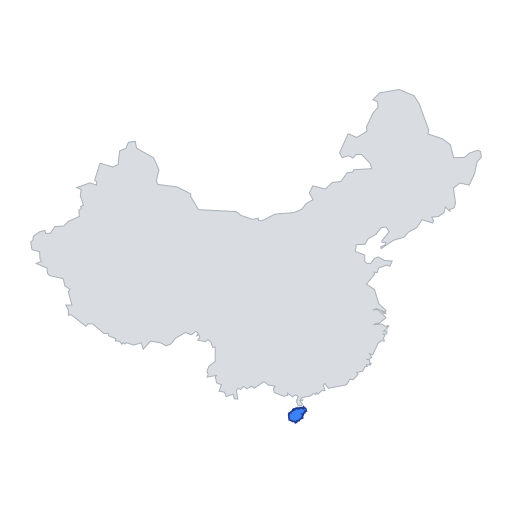 where Hainan sits in China
{"feature_id": "CHN-1775", "entity_name": "Hainan", "entity_type": "Province", "adm_level": 1, "iso_a3": "CHN", "parent_name": "China", "parent_adm1": "", "projection": "mercator", "projection_center": [109.857, 19.166], "detail": "fine", "context": "in_parent", "style": "filled", "palette": "blue", "viewbox_px": 512, "rotation_deg": 0, "n_neighbors": 0, "source": "natural_earth", "source_scale": "10m", "svg_char_len": 7449}
<svg xmlns="http://www.w3.org/2000/svg" viewBox="0 0 512 512"><path d="M283.9,396.3L274.2,392.6L273.4,388.4L275.1,386.2L268.2,385.0L264.0,381.6L254.2,388.1L251.8,386.1L247.1,388.8L243.3,386.4L240.8,389.4L237.7,388.5L236.3,390.4L237.8,399.1L234.3,398.7L233.1,394.3L226.2,396.5L224.5,392.2L219.0,391.2L221.5,384.7L216.7,382.9L215.3,377.1L216.5,375.4L207.1,377.1L208.2,374.5L206.9,371.3L209.0,366.2L215.2,361.2L215.2,347.1L212.6,347.3L211.1,342.4L207.8,339.4L205.4,341.7L197.7,340.1L199.9,337.2L198.8,334.7L196.6,335.8L198.2,333.1L195.9,331.4L191.1,334.8L185.5,332.5L175.4,338.3L171.0,344.0L166.0,345.8L160.8,342.9L150.6,341.1L143.2,349.2L141.2,342.8L133.9,345.1L126.4,342.7L124.9,344.1L122.9,342.6L121.9,344.3L119.5,341.2L115.4,340.9L115.7,338.6L108.8,335.9L107.9,333.3L104.1,333.6L92.7,323.9L88.1,323.8L85.9,326.4L71.1,314.7L68.5,315.5L68.3,309.9L65.8,305.0L71.9,305.1L68.3,291.8L70.1,289.2L65.0,286.1L63.2,278.6L49.5,275.6L47.5,273.5L47.0,268.0L36.2,263.5L41.7,261.2L40.0,259.2L39.6,251.7L32.0,249.7L30.7,241.8L32.8,240.5L33.4,236.1L39.6,231.8L44.9,230.4L45.8,233.5L50.5,233.1L54.9,226.5L63.8,226.0L68.4,221.3L79.4,216.5L78.9,210.3L81.6,208.2L80.5,206.5L83.5,205.3L80.3,195.8L81.2,189.4L76.7,187.6L90.1,182.8L96.3,185.1L96.9,182.0L94.7,180.2L100.0,163.2L112.9,167.0L118.1,164.5L119.6,150.9L125.9,148.4L128.4,142.2L135.3,141.3L136.5,148.1L153.7,157.9L159.0,169.9L156.3,180.9L157.8,184.4L177.3,187.0L190.8,193.9L190.6,196.4L198.5,209.7L236.1,211.6L241.0,215.4L252.5,219.4L258.3,218.2L258.3,220.3L261.8,220.9L275.0,214.1L293.9,212.6L301.8,209.2L306.2,203.5L313.1,199.7L309.2,193.0L312.8,185.8L325.3,189.1L332.4,182.4L340.7,181.6L347.2,172.8L352.9,172.1L353.6,169.7L371.6,168.7L370.4,163.6L361.5,154.5L356.1,154.4L353.0,158.1L348.7,155.7L342.3,157.7L339.5,152.9L348.1,133.8L356.9,137.4L367.1,131.1L366.4,127.1L373.0,113.1L378.1,107.2L377.4,101.6L372.9,99.7L379.8,92.8L399.1,89.5L414.2,95.8L419.3,104.0L428.5,129.4L428.2,134.1L442.5,138.8L450.3,144.7L453.6,157.7L464.5,157.4L469.4,153.1L477.9,150.2L480.6,151.5L481.3,157.4L477.0,161.9L474.7,173.3L469.2,185.1L459.9,183.0L453.5,188.1L455.5,203.1L454.1,207.9L449.4,209.7L450.1,211.6L445.5,207.0L444.0,212.5L438.3,216.6L431.8,217.1L433.6,220.8L432.6,223.0L422.1,219.7L416.7,227.7L408.6,232.0L404.0,237.2L393.5,240.3L381.1,248.6L380.7,246.8L384.9,245.0L385.9,242.3L381.9,242.4L381.9,240.8L389.2,231.6L386.1,227.0L381.2,227.7L376.1,234.2L368.0,238.9L365.0,244.3L356.2,244.7L355.3,251.5L364.7,255.0L364.8,261.7L367.3,263.5L370.8,263.3L374.4,258.4L378.1,257.0L384.6,260.5L392.2,261.0L389.8,266.3L386.8,265.1L378.5,268.1L377.2,272.7L373.9,272.1L374.6,274.1L366.4,284.3L374.5,289.5L378.8,303.7L386.0,310.4L385.5,312.1L376.4,308.6L372.8,310.0L377.8,309.6L386.1,317.6L379.1,323.3L375.8,323.4L374.0,324.6L381.8,324.1L387.9,327.8L383.6,331.1L387.0,331.0L386.7,334.0L383.2,334.1L384.9,335.6L383.4,338.2L384.4,341.1L381.0,340.8L378.0,343.5L372.8,354.9L369.5,353.6L371.7,357.4L368.6,359.6L366.2,359.1L369.7,360.1L369.7,365.1L366.5,364.6L367.3,366.4L365.0,366.6L362.6,371.3L356.6,372.5L358.2,374.4L353.1,379.7L349.8,379.2L346.5,384.8L328.4,388.3L324.8,383.6L323.4,385.1L325.0,390.6L321.6,390.7L317.9,394.2L316.2,392.6L315.8,394.4L313.1,393.6L310.6,395.9L301.8,397.6L299.9,400.7L302.6,404.1L301.4,405.9L297.9,405.3L296.3,401.0L298.3,396.5L295.6,394.8L292.5,396.9L287.6,393.1L287.8,395.3L283.9,396.3ZM303.6,407.1L306.3,410.9L299.3,420.3L295.3,422.1L289.2,419.6L289.0,413.6L293.4,409.1L303.6,407.1ZM386.3,313.9L383.7,313.4L381.5,311.2L383.3,311.6L386.3,313.9ZM389.4,326.1L387.5,326.6L387.0,325.5L389.4,326.1ZM371.3,363.4L370.3,364.7L370.5,363.1L371.3,363.4ZM300.9,400.3L302.7,399.7L302.5,400.6L300.9,400.3Z" fill="#d9dde1" stroke="#a8b0b8" stroke-width="1"/><path d="M306.3,410.7L306.4,411.0L306.1,411.0L305.9,411.0L305.5,411.4L305.3,411.8L305.1,411.8L304.9,411.7L304.8,411.4L305.0,411.2L304.9,411.1L304.7,411.3L304.8,411.6L304.7,412.0L304.5,412.4L304.4,412.4L304.5,412.6L304.4,412.6L304.2,412.7L303.9,412.9L303.8,413.0L303.8,413.4L303.7,413.5L303.5,413.9L303.4,414.2L303.3,414.4L303.2,414.6L303.1,414.8L303.0,414.7L302.8,414.8L302.6,414.8L302.4,414.7L302.6,415.0L302.8,415.0L302.8,414.9L302.9,415.0L302.9,415.3L303.0,415.2L303.1,414.8L303.0,415.2L303.0,415.5L302.7,415.9L302.6,416.0L302.6,416.3L302.6,416.5L302.6,416.8L302.4,416.8L302.2,416.9L302.2,417.2L302.0,417.3L302.1,417.5L302.4,417.5L302.5,417.5L302.5,417.3L302.5,417.1L302.5,416.9L302.6,417.0L302.8,417.7L302.5,417.7L302.4,417.8L302.3,417.7L302.1,417.9L301.9,418.3L302.0,418.4L302.0,418.5L301.8,418.6L301.7,418.5L301.4,418.6L301.8,418.4L301.7,418.3L301.2,418.5L300.8,418.6L300.5,418.8L300.0,419.3L299.7,419.5L299.5,419.9L299.3,419.9L299.1,419.8L299.4,420.0L299.3,420.5L299.3,420.4L299.2,420.4L299.1,420.5L299.1,420.8L298.8,420.8L298.6,420.7L298.8,420.6L299.0,420.4L298.9,420.4L298.7,420.4L298.6,420.5L298.2,420.5L297.6,420.8L297.5,420.7L297.4,420.7L297.2,420.6L296.9,420.7L297.0,420.9L296.8,421.4L296.8,421.7L296.7,421.7L296.4,421.7L296.6,421.7L296.7,421.8L296.9,421.8L296.8,422.0L296.7,422.2L296.4,421.9L296.1,422.0L295.9,422.2L296.0,422.4L295.9,422.4L295.7,422.4L295.6,422.5L295.6,422.3L295.6,422.2L295.6,421.9L295.3,422.0L295.2,422.1L295.0,422.3L294.9,422.2L295.0,422.1L295.2,421.8L295.0,421.7L294.9,421.6L294.7,421.5L293.9,421.4L293.1,421.4L292.8,421.4L292.7,421.5L292.5,421.4L292.5,421.1L292.4,421.1L292.1,420.9L291.4,420.9L291.2,420.8L291.1,420.6L290.6,420.5L290.5,420.4L290.2,420.1L289.9,420.0L289.6,419.9L289.3,419.9L289.2,419.9L289.1,419.6L289.1,419.2L289.2,418.5L289.2,418.2L289.1,417.9L289.0,417.6L288.9,417.4L288.7,417.3L288.7,417.2L288.9,416.6L288.9,416.4L288.9,416.2L288.8,415.9L288.6,415.2L288.8,415.0L288.9,414.9L289.0,414.8L289.1,414.7L289.0,414.4L288.7,414.3L288.7,414.2L288.8,414.1L288.7,413.9L288.9,413.7L289.0,413.6L289.1,413.4L289.1,413.1L289.3,413.1L289.7,413.0L289.8,412.9L289.9,412.7L290.2,412.5L290.5,412.4L290.7,412.1L290.9,412.0L291.0,412.2L291.1,411.8L291.4,411.6L291.5,411.3L291.9,411.2L292.0,411.2L292.3,411.1L292.6,410.9L292.9,410.7L293.0,410.5L293.0,410.4L293.4,410.3L293.5,410.3L293.5,410.2L293.7,409.9L293.4,409.9L293.2,410.0L292.9,410.2L292.7,410.3L292.7,410.2L292.6,409.8L292.7,409.7L292.9,409.5L293.0,409.4L293.3,409.2L293.5,408.9L293.8,409.0L294.2,409.0L294.4,409.2L294.5,409.3L294.7,409.2L294.8,409.2L294.9,409.4L294.9,409.5L295.0,409.4L295.3,409.3L295.6,409.3L295.3,409.2L295.2,408.9L295.3,408.9L295.5,408.9L295.5,408.7L295.4,408.8L295.4,408.7L295.8,408.2L296.0,408.2L296.3,408.2L296.6,408.1L296.8,408.1L296.7,408.3L296.8,408.3L296.7,408.5L296.8,408.5L296.9,408.3L297.1,408.4L297.4,408.6L297.4,408.3L297.5,408.2L297.5,408.3L297.6,408.5L297.9,408.5L297.9,408.4L298.0,408.3L298.3,408.3L298.3,408.2L298.4,408.3L298.6,408.6L298.5,408.8L298.9,408.9L298.9,408.6L299.2,408.4L299.3,408.3L299.5,408.3L299.6,408.5L299.7,408.4L299.8,408.2L299.7,408.3L299.3,408.3L299.7,408.2L299.8,408.1L300.0,407.6L300.5,407.8L300.9,407.9L301.0,407.9L301.2,407.7L301.4,407.7L301.5,407.8L301.6,408.0L301.7,408.3L301.8,408.8L301.8,408.7L301.8,408.3L301.7,408.3L301.7,408.2L301.6,407.7L301.9,407.8L302.0,407.8L302.3,407.9L302.5,408.0L302.9,408.3L303.0,408.3L303.1,408.2L303.1,408.3L303.2,408.6L303.3,408.8L303.4,408.7L303.4,408.4L303.3,408.1L303.2,408.0L303.0,407.9L303.0,407.7L303.2,407.3L303.3,407.3L303.5,407.3L303.8,407.0L303.8,406.9L303.9,407.0L304.1,407.6L304.4,407.8L304.5,408.0L305.2,408.2L305.4,408.2L305.5,408.2L306.0,409.2L306.1,409.7L306.2,410.1L306.2,410.4L306.1,410.6L306.3,410.7Z" fill="#3b82f6" stroke="#1e3a8a" stroke-width="1.5"/></svg>